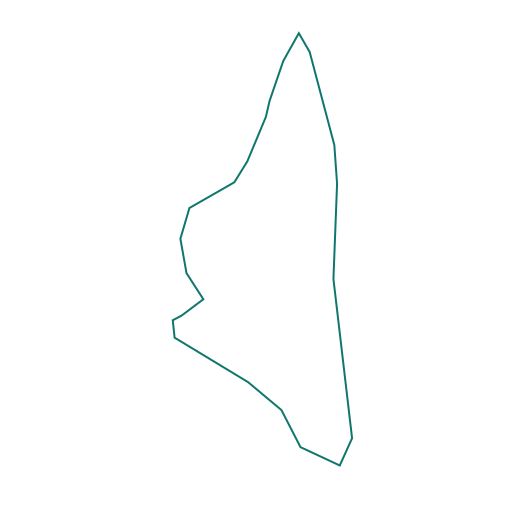 an SVG outline of Eua, rotated 354°
{"feature_id": "TON-4949", "entity_name": "Eua", "entity_type": "state/province", "adm_level": 1, "iso_a3": "TON", "parent_name": "Tonga", "parent_adm1": "", "projection": "albers", "projection_center": [-174.943, -21.369], "detail": "fine", "context": "isolated", "style": "outline", "palette": "teal", "viewbox_px": 512, "rotation_deg": 354, "n_neighbors": 0, "source": "natural_earth", "source_scale": "10m", "svg_char_len": 438}
<svg xmlns="http://www.w3.org/2000/svg" viewBox="0 0 512 512"><g transform="rotate(354 256 256)"><path d="M330.7,58.7L345.5,153.8L344.2,192.5L330.6,287.0L332.5,447.3L317.4,473.1L280.3,450.8L265.2,411.9L235.0,380.7L166.5,328.7L166.5,311.2L175.9,307.4L199.1,293.5L185.1,265.8L182.6,231.0L194.8,201.3L242.2,180.4L257.3,160.9L280.3,118.8L285.8,103.0L303.5,64.9L321.9,38.9L330.7,58.7Z" fill="none" stroke="#0f766e" stroke-width="2"/></g></svg>